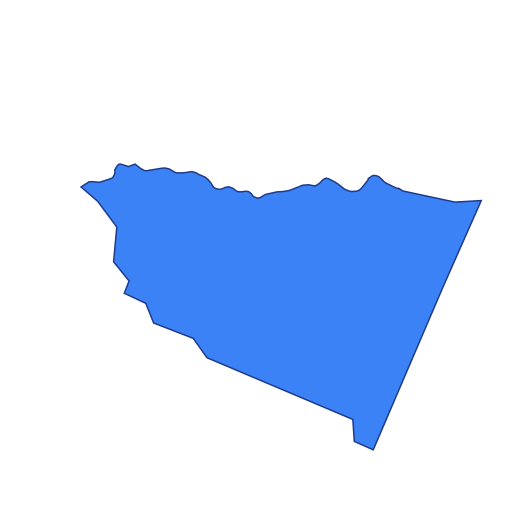 the district of Seminole, Georgia, United States of America, rotated 112°
{"feature_id": "52423323B59309209567710", "entity_name": "Seminole", "entity_type": "district", "adm_level": 2, "iso_a3": "USA", "parent_name": "United States of America", "parent_adm1": "Georgia", "projection": "mercator", "projection_center": [-84.929, 30.901], "detail": "fine", "context": "isolated", "style": "filled", "palette": "blue", "viewbox_px": 512, "rotation_deg": 112, "n_neighbors": 0, "source": "geoboundaries", "source_scale": "gbopen_adm2", "svg_char_len": 1329}
<svg xmlns="http://www.w3.org/2000/svg" viewBox="0 0 512 512"><g transform="rotate(112 256 256)"><path d="M120.2,67.9L131.5,91.7L140.7,144.2L139.8,148.9L140.3,148.9L140.4,152.8L139.6,163.8L136.5,171.5L136.5,174.5L137.2,177.0L138.2,178.3L142.0,180.8L142.1,180.5L144.2,180.8L153.1,183.4L156.1,184.8L158.2,186.9L160.4,191.5L160.9,194.0L160.9,198.7L158.5,207.1L157.7,211.7L157.2,217.8L157.6,220.2L160.0,222.4L165.0,224.5L168.9,227.3L170.3,234.0L172.8,239.1L182.7,249.6L186.2,255.3L188.7,260.6L195.3,270.2L196.4,271.1L197.7,272.1L199.4,273.3L200.6,274.3L201.9,276.7L201.8,280.8L199.9,283.9L199.1,286.9L199.7,289.6L201.6,292.9L202.6,295.1L203.2,297.5L202.6,300.4L201.9,302.7L202.0,307.2L203.9,310.2L206.9,313.1L208.0,315.3L208.5,318.0L208.5,319.9L207.4,322.3L205.1,325.3L203.1,329.1L202.0,332.5L201.8,339.3L201.3,343.5L201.9,347.3L206.1,354.5L208.5,360.3L208.8,362.8L207.8,368.8L208.5,373.3L210.0,376.4L218.0,389.5L218.6,391.9L218.0,396.0L216.1,402.6L220.8,407.7L221.5,415.9L222.2,417.4L224.4,418.5L228.9,419.2L231.9,417.9L234.5,417.8L237.0,418.3L238.3,419.2L246.3,428.7L248.5,436.0L249.8,438.6L257.5,444.1L264.6,423.3L281.3,395.9L314.7,385.9L326.7,364.3L339.9,364.2L341.2,340.4L356.5,325.8L355.9,283.3L368.7,263.3L371.3,105.0L391.1,95.4L391.8,74.7L214.1,71.0L120.2,67.9Z" fill="#3b82f6" stroke="#1e3a8a" stroke-width="1.5"/></g></svg>